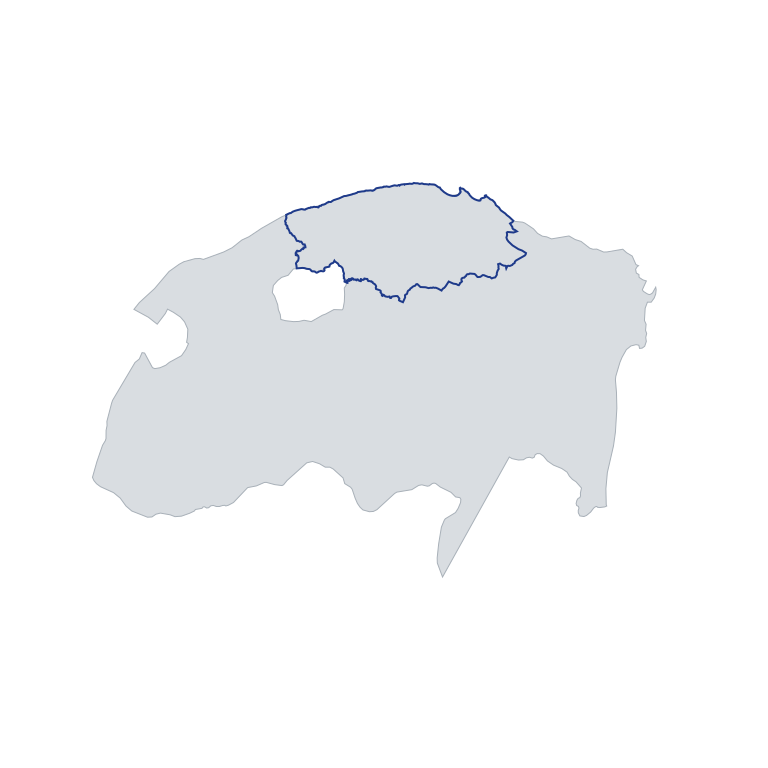 where Eastern Cape sits in South Africa, rotated 210°
{"feature_id": "ZAF-1926", "entity_name": "Eastern Cape", "entity_type": "Province", "adm_level": 1, "iso_a3": "ZAF", "parent_name": "South Africa", "parent_adm1": "", "projection": "natural_earth1", "projection_center": [27.087, -32.092], "detail": "fine", "context": "in_parent", "style": "outline", "palette": "blue", "viewbox_px": 768, "rotation_deg": 210, "n_neighbors": 0, "source": "natural_earth", "source_scale": "10m", "svg_char_len": 9817}
<svg xmlns="http://www.w3.org/2000/svg" viewBox="0 0 768 768"><g transform="rotate(210 384 384)"><path d="M522.2,150.4L538.9,147.9L546.4,149.3L555.4,153.3L563.9,154.7L578.2,153.3L583.1,153.9L586.9,155.3L589.8,157.4L593.8,173.2L597.1,190.2L597.0,195.7L597.5,197.8L601.5,204.9L603.0,209.4L605.3,213.1L610.3,231.2L610.9,234.3L610.4,278.1L608.4,283.4L609.2,290.2L606.8,291.1L592.7,282.4L590.2,282.7L586.2,286.0L582.4,291.1L580.7,295.5L573.5,307.3L572.9,314.8L573.5,321.2L575.8,321.4L577.5,326.0L581.3,333.4L587.8,338.1L593.8,340.2L602.3,340.8L608.9,340.6L608.6,335.7L610.3,322.4L621.4,324.0L637.9,323.6L636.6,332.2L630.4,351.9L626.4,374.0L621.3,385.2L618.5,389.8L610.4,398.0L606.2,400.7L602.7,401.6L588.9,418.1L583.7,426.0L579.1,437.6L574.6,444.0L567.9,457.6L556.2,477.6L546.4,490.8L542.0,494.6L539.1,496.3L531.4,503.9L520.5,516.2L512.1,527.1L499.7,539.4L492.5,544.8L481.7,555.5L478.7,557.0L466.6,566.9L457.9,572.9L443.8,579.9L438.2,581.8L424.9,580.0L419.3,581.0L414.7,585.2L414.3,591.2L412.3,592.1L400.1,589.3L395.0,589.8L392.1,593.0L389.7,597.1L382.7,597.3L370.2,593.1L355.5,590.5L352.1,590.2L345.0,593.4L342.5,593.8L332.1,593.1L326.3,591.2L320.8,591.2L316.6,592.8L311.5,593.4L297.8,604.7L290.7,604.7L284.6,606.0L273.7,604.5L270.4,605.2L267.2,607.2L259.8,608.1L257.0,609.8L244.6,620.1L239.5,619.0L233.0,618.9L225.5,613.4L222.7,613.7L223.4,612.1L223.5,609.2L220.9,606.2L218.0,606.3L216.4,603.9L212.0,603.6L208.3,604.4L207.4,594.8L205.7,593.9L201.2,593.7L199.1,594.0L198.1,594.9L197.0,597.1L197.1,603.7L195.5,601.8L193.7,597.8L193.0,593.6L193.5,588.5L196.8,586.6L195.7,580.2L190.2,569.2L186.9,566.8L184.3,561.2L181.8,559.1L180.6,555.2L178.1,552.0L177.1,547.0L178.4,544.1L180.5,542.6L182.7,545.0L185.4,544.1L189.2,540.4L191.3,535.0L191.2,526.2L190.5,520.7L187.1,506.5L185.6,503.2L178.5,493.0L170.2,479.4L159.5,458.0L154.3,445.1L146.3,419.0L139.5,404.3L131.2,390.6L130.1,389.7L131.3,388.0L135.5,384.8L137.4,384.0L138.5,384.3L139.5,383.5L140.4,381.3L141.0,376.5L142.9,371.4L144.6,369.2L148.4,367.7L151.3,369.6L152.5,371.5L153.1,374.0L154.4,375.2L156.4,375.1L157.9,376.6L158.8,379.8L158.7,382.0L157.6,383.5L157.8,385.3L159.3,387.6L161.0,392.7L168.8,395.3L173.2,395.6L177.4,396.9L181.4,399.2L187.8,399.7L196.7,398.5L204.0,399.1L209.9,401.3L214.0,401.7L216.6,400.3L217.7,398.3L217.3,395.6L218.5,394.0L221.4,393.3L223.7,391.3L225.4,388.1L229.5,385.4L235.8,383.4L239.0,383.4L236.8,246.1L248.3,255.6L251.0,260.0L256.7,272.8L262.7,288.7L263.7,296.3L263.5,298.0L257.8,308.4L257.6,313.5L258.4,319.6L259.8,322.6L261.5,323.5L265.5,322.0L271.8,323.7L283.7,322.9L289.6,323.7L291.1,323.2L292.4,322.0L293.9,318.4L295.3,317.2L300.8,315.6L303.3,313.5L307.1,306.4L318.8,296.8L320.1,294.5L327.3,271.6L329.5,268.3L332.8,266.1L339.3,264.4L343.1,265.3L347.3,267.3L351.9,270.7L358.9,276.9L361.3,277.9L368.2,278.1L372.5,282.2L385.5,285.0L389.3,284.9L393.3,282.6L400.0,282.7L407.1,281.2L411.5,277.1L419.7,252.0L420.6,246.5L421.6,245.0L428.4,242.2L436.7,240.0L438.4,238.9L443.6,231.9L450.3,226.1L455.1,206.1L458.1,201.3L460.0,199.3L461.3,199.3L463.0,198.1L465.3,195.6L467.9,194.1L471.1,193.5L473.1,191.9L474.0,189.2L475.6,187.9L477.9,188.0L479.2,187.1L479.5,185.3L484.6,181.0L484.7,179.3L487.6,175.0L493.3,168.3L498.7,164.6L503.8,163.8L513.1,160.4L516.4,157.2L518.5,152.8L522.2,150.4ZM505.7,446.1L513.9,442.8L520.0,438.3L521.4,430.2L526.0,425.1L527.8,420.5L529.1,414.0L526.4,407.3L522.6,405.3L515.7,399.5L512.7,395.6L508.6,392.3L505.6,388.3L500.9,389.6L493.5,392.8L488.9,395.7L485.1,399.2L478.2,401.7L471.7,412.8L469.6,415.3L464.6,423.4L457.3,427.3L457.1,428.8L459.5,435.4L462.9,441.9L466.4,447.3L466.2,450.6L467.4,453.1L470.6,454.9L476.0,461.6L478.6,463.8L486.7,465.3L487.9,464.9L490.1,461.0L490.4,458.2L495.9,449.5L498.2,446.9L505.7,446.1Z" fill="#d9dde1" stroke="#a8b0b8" stroke-width="1"/><path d="M505.8,446.3L508.6,445.1L510.6,444.7L512.6,443.8L517.4,440.5L519.2,443.0L520.5,444.3L520.6,444.6L520.6,445.5L520.4,445.9L520.5,447.0L520.0,447.8L520.9,450.5L522.2,452.0L524.4,452.7L524.1,451.7L524.8,451.5L526.0,453.2L526.0,455.3L525.3,455.5L525.5,456.1L524.1,456.5L523.0,457.6L522.9,458.6L522.2,460.5L521.5,460.5L521.3,461.3L521.8,462.1L520.4,463.1L521.1,464.1L522.5,465.2L523.6,464.4L524.8,464.8L525.9,465.5L526.8,465.9L527.2,465.8L527.7,465.3L528.0,465.1L529.6,465.1L530.7,464.5L531.2,464.4L533.6,466.1L534.5,466.5L535.5,467.2L537.3,467.0L539.9,468.2L540.5,467.8L541.1,467.8L542.0,468.8L544.4,470.5L544.9,470.6L545.5,470.4L545.7,470.5L545.8,471.4L546.1,471.5L546.6,472.4L547.0,472.6L547.5,472.4L548.0,472.9L549.0,473.1L549.3,473.3L549.6,474.5L550.0,474.6L550.7,475.2L551.1,475.6L551.2,476.0L551.2,477.1L551.2,477.5L551.4,477.8L551.5,479.1L552.4,479.8L552.6,480.9L553.3,481.6L551.1,484.8L550.2,485.4L549.2,487.6L547.6,489.6L543.1,494.1L542.5,494.4L540.6,495.0L539.9,495.3L539.3,495.8L539.1,496.5L537.2,498.9L536.2,499.4L536.0,500.1L535.8,500.4L535.4,500.7L534.7,500.9L533.2,502.5L531.5,503.2L530.7,503.8L529.2,504.0L529.0,504.3L529.2,504.8L528.6,506.2L527.7,506.7L527.5,507.0L527.4,507.9L527.0,508.4L526.0,509.1L525.0,510.3L524.6,511.0L524.3,511.9L523.7,513.0L523.3,513.2L523.1,514.0L521.1,515.0L520.8,515.4L520.3,516.7L519.5,518.1L515.7,522.3L512.5,526.8L510.9,527.9L506.5,532.2L505.8,533.2L504.8,534.0L503.1,536.0L502.7,537.1L499.3,539.8L498.5,540.3L497.0,541.4L496.9,542.0L496.2,542.6L494.7,543.4L492.4,545.0L490.7,545.5L489.9,546.3L489.3,547.3L488.8,549.2L488.2,550.0L485.0,552.7L484.1,553.1L483.4,554.0L483.0,554.2L482.8,554.9L481.4,555.6L480.8,556.3L478.3,557.2L477.8,557.5L475.1,560.5L474.1,561.4L471.9,562.2L471.4,562.6L470.7,563.7L470.5,563.8L470.0,563.8L469.7,563.7L469.5,564.6L468.7,565.4L466.3,567.2L465.9,567.0L465.7,567.5L462.5,569.8L462.2,570.2L459.9,571.3L459.2,572.0L459.0,572.5L458.6,573.1L457.7,573.3L455.1,574.7L453.1,575.2L451.4,576.7L449.3,577.1L448.3,577.7L445.4,579.0L445.0,579.0L444.8,579.2L444.6,579.9L444.4,580.0L443.7,580.1L440.8,581.6L439.7,582.0L438.4,582.0L435.8,581.7L435.0,581.7L433.9,582.1L432.1,581.1L428.0,580.2L423.9,580.0L421.2,580.4L418.7,581.2L416.5,582.4L415.5,583.1L414.7,584.2L414.1,585.4L413.6,587.5L413.6,588.4L413.7,588.8L414.3,589.1L414.6,589.6L415.5,590.3L416.3,591.6L416.1,592.1L415.1,591.8L413.9,592.4L413.1,592.6L412.1,592.5L409.6,591.8L407.4,592.0L406.6,591.5L405.5,591.3L404.4,590.5L403.3,590.1L400.8,589.4L398.0,589.3L395.3,589.7L393.5,590.2L392.8,590.6L392.3,591.2L392.7,592.7L392.4,593.5L391.9,594.1L390.2,595.7L389.9,596.3L390.1,596.7L390.6,597.2L390.8,597.4L390.7,597.8L390.0,598.5L389.8,598.5L389.4,597.9L388.7,597.7L386.7,597.6L384.3,597.1L382.4,597.4L381.8,597.4L379.2,596.7L377.9,596.0L376.8,595.0L376.2,594.8L372.5,594.3L371.6,593.7L369.6,592.8L364.2,592.3L362.2,591.7L359.0,591.3L353.6,590.0L353.7,588.4L355.1,586.0L351.3,584.1L350.7,583.2L349.6,582.7L348.9,582.6L348.1,582.9L345.3,582.6L347.5,580.0L352.9,577.5L353.4,576.6L351.8,574.5L351.2,572.0L349.6,570.6L347.4,569.6L342.0,568.3L335.0,568.0L331.2,568.6L326.5,568.4L326.1,567.0L326.3,565.7L331.4,557.0L331.8,555.5L331.4,554.0L332.3,552.5L332.4,551.3L333.9,549.3L334.5,548.9L335.6,548.5L336.1,547.7L335.9,545.2L336.4,545.7L336.9,546.8L337.3,547.2L338.2,547.0L339.7,546.3L341.8,546.1L343.8,546.3L345.1,544.8L343.8,543.5L343.3,542.3L342.2,541.0L342.3,539.3L342.1,538.0L341.7,536.3L340.9,535.0L340.9,533.4L341.0,531.9L342.4,530.7L343.5,529.3L345.8,529.6L347.2,528.8L351.9,528.2L353.0,527.6L354.1,525.0L355.6,523.9L356.6,523.4L359.3,524.4L360.6,524.6L364.9,522.6L365.6,521.4L366.8,520.7L367.1,519.8L367.0,518.4L367.4,517.9L367.5,516.7L367.7,516.2L368.3,515.9L368.7,515.5L369.5,514.3L369.3,513.3L368.6,512.4L367.8,511.9L367.9,510.8L368.3,510.3L368.5,509.5L368.7,509.2L368.4,508.2L368.6,507.0L369.5,506.7L371.3,506.7L374.1,505.6L379.2,505.1L379.5,499.4L379.9,497.3L380.5,496.4L380.9,494.5L380.9,493.7L385.1,493.6L387.2,493.3L388.5,492.5L389.7,492.2L390.4,491.3L391.7,490.7L393.4,489.3L396.3,488.6L400.9,486.2L405.0,487.2L405.9,486.6L406.2,484.7L407.3,483.4L407.9,482.3L408.1,481.4L408.9,479.8L408.8,478.6L409.6,477.2L409.8,476.3L409.5,474.8L409.2,473.9L409.3,473.1L410.1,472.1L410.2,471.3L409.0,469.6L408.5,464.3L412.0,463.9L412.9,464.0L413.1,464.4L413.3,465.5L413.5,465.8L414.6,466.1L415.6,466.7L416.5,466.8L418.0,465.9L420.0,464.4L420.7,463.7L421.0,463.2L420.9,462.1L421.6,461.6L422.0,461.7L423.0,462.5L424.4,461.3L426.7,460.5L427.1,460.6L428.2,461.0L429.0,461.0L429.2,460.5L429.1,459.8L429.3,459.5L430.1,459.6L431.1,461.0L432.8,461.6L433.0,462.4L433.5,463.0L434.4,463.1L438.4,462.3L439.3,463.3L439.6,464.6L439.9,464.9L441.3,465.7L441.7,465.8L443.8,465.9L444.4,466.1L444.4,466.4L444.1,466.7L445.0,466.4L445.4,466.3L445.8,466.6L446.4,466.6L446.9,466.1L447.9,466.0L448.8,465.4L449.6,465.4L450.5,466.4L451.0,466.6L451.4,466.5L451.8,466.0L453.5,465.7L453.8,465.4L453.6,464.6L453.9,464.0L454.5,463.5L455.1,463.3L456.3,463.4L456.5,463.3L456.3,462.5L455.7,461.9L455.5,461.5L455.8,461.3L457.3,461.0L459.1,461.5L459.7,461.0L459.6,460.1L460.0,460.0L461.3,460.1L461.9,459.5L462.5,459.5L462.7,459.2L463.0,459.3L463.3,459.7L464.0,459.8L464.6,459.6L465.2,458.6L464.4,458.1L464.3,457.8L464.6,457.4L465.8,457.9L466.5,457.5L465.4,456.6L465.5,456.0L466.1,455.7L467.5,455.8L467.9,455.1L467.5,454.6L466.9,454.8L466.2,453.3L467.1,453.0L468.0,453.2L468.9,452.9L469.4,452.9L469.6,453.2L469.8,454.1L470.2,454.7L470.6,455.1L471.8,455.6L472.0,456.4L472.8,457.2L473.5,458.3L473.7,459.3L473.9,459.7L475.7,461.2L477.4,463.2L478.3,463.8L479.4,464.1L480.7,464.3L481.8,463.9L482.2,464.0L483.0,464.7L484.2,465.3L487.8,465.6L488.6,466.0L488.5,464.0L488.7,463.3L488.9,462.9L489.4,462.6L489.9,462.0L490.5,460.1L490.4,459.4L490.0,458.4L490.3,458.0L492.9,455.8L493.3,455.3L493.5,454.5L493.4,453.7L492.6,453.1L492.3,452.6L492.4,451.9L492.8,451.3L494.0,450.7L495.2,450.4L495.8,449.6L496.6,448.9L497.4,447.3L498.0,446.7L498.7,446.6L500.2,446.8L501.0,446.5L502.3,445.7L502.8,445.6L503.3,445.6L504.8,446.2L505.8,446.3Z" fill="none" stroke="#1e3a8a" stroke-width="2"/></g></svg>